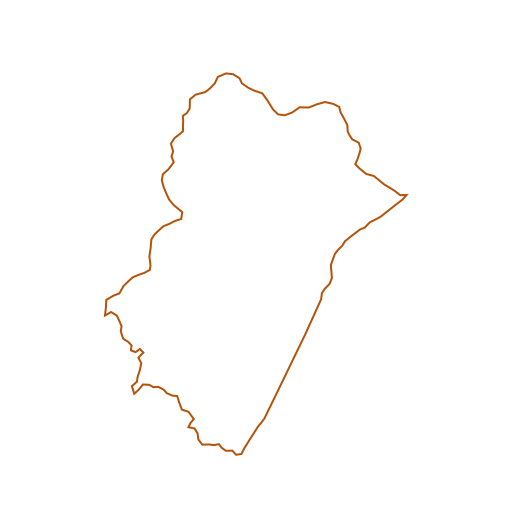 outline of Irapuã, São Paulo, Brazil, rotated 251°
{"feature_id": "56859067B51888643984498", "entity_name": "Irapuã", "entity_type": "district", "adm_level": 2, "iso_a3": "BRA", "parent_name": "Brazil", "parent_adm1": "São Paulo", "projection": "orthographic", "projection_center": [-49.395, -21.274], "detail": "fine", "context": "isolated", "style": "outline", "palette": "amber", "viewbox_px": 512, "rotation_deg": 251, "n_neighbors": 0, "source": "geoboundaries", "source_scale": "gbopen_adm2", "svg_char_len": 2091}
<svg xmlns="http://www.w3.org/2000/svg" viewBox="0 0 512 512"><g transform="rotate(251 256 256)"><path d="M263.3,100.2L256.1,97.3L248.9,93.8L250.2,100.7L245.0,105.0L238.4,105.7L233.3,106.0L228.8,103.6L221.0,103.5L216.3,107.3L211.9,109.2L207.5,107.0L204.3,110.9L205.9,115.9L201.4,118.1L198.2,111.7L192.0,112.6L186.2,109.2L179.9,104.5L175.9,102.5L173.4,96.3L165.4,96.0L167.6,101.3L171.3,107.2L169.0,113.1L165.4,116.2L164.1,121.0L159.6,125.2L155.3,127.0L151.2,131.5L149.2,135.9L142.4,135.7L134.9,135.9L130.6,141.5L122.1,144.1L119.4,139.6L116.1,136.4L112.9,141.8L107.3,143.0L101.2,141.8L95.1,143.8L93.1,150.2L90.9,154.7L90.2,159.6L85.8,161.2L81.6,164.1L79.7,170.2L74.5,172.5L73.6,177.8L77.9,182.2L84.9,190.8L91.2,198.8L94.3,202.7L96.8,206.9L99.5,210.9L121.8,233.2L153.2,264.4L165.4,276.6L193.9,303.5L199.4,306.2L202.7,310.5L205.6,316.4L210.5,320.6L223.0,323.8L227.7,327.5L232.2,331.2L235.0,335.4L237.7,340.9L241.1,345.1L244.3,354.1L247.2,363.0L247.5,368.2L250.8,374.6L251.4,379.5L252.6,386.7L255.8,395.8L259.2,405.5L261.6,412.7L264.6,418.2L266.6,412.1L272.2,408.5L277.6,404.2L281.5,400.8L286.9,397.4L293.3,393.5L297.7,386.9L305.0,382.4L310.6,379.8L314.3,383.3L318.9,386.9L323.6,390.0L329.7,390.0L334.9,385.0L339.3,383.8L343.9,383.2L350.0,385.0L358.3,383.8L364.4,382.7L369.9,383.2L374.7,378.5L379.1,371.4L379.6,363.2L379.2,354.3L382.4,345.7L379.9,336.9L379.7,329.0L382.7,323.0L388.8,319.9L393.4,318.8L399.3,317.5L407.8,314.9L413.0,308.1L417.4,303.6L423.8,298.9L429.4,298.3L435.3,293.6L438.4,287.1L437.8,278.2L432.6,273.2L429.5,267.1L427.5,261.4L428.2,251.3L425.6,244.5L417.0,241.3L413.7,237.2L412.3,232.4L407.6,231.2L402.8,229.3L397.8,227.7L395.9,223.0L394.0,217.2L389.8,212.1L381.9,211.7L377.6,208.5L371.4,208.7L366.5,201.4L363.6,194.5L358.2,191.6L351.8,191.1L343.7,191.6L337.8,192.2L331.5,194.5L321.4,200.5L315.4,197.4L315.5,190.3L314.6,184.7L314.3,178.3L311.4,171.4L309.2,166.7L305.8,162.5L297.9,159.0L290.4,155.1L281.5,153.2L277.4,151.1L276.4,144.9L276.4,137.7L275.9,132.3L273.5,126.8L270.7,120.9L265.1,114.6L264.9,108.3L263.3,100.2Z" fill="none" stroke="#b45309" stroke-width="2"/></g></svg>